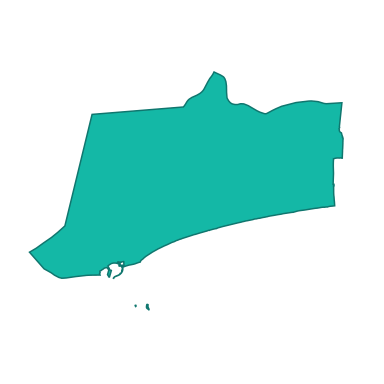 Singhanakhon, Songkhla, Thailand, rotated 105°
{"feature_id": "78962969B74412362981694", "entity_name": "Singhanakhon", "entity_type": "district", "adm_level": 2, "iso_a3": "THA", "parent_name": "Thailand", "parent_adm1": "Songkhla", "projection": "mercator", "projection_center": [100.522, 7.273], "detail": "fine", "context": "isolated", "style": "filled", "palette": "teal", "viewbox_px": 384, "rotation_deg": 105, "n_neighbors": 0, "source": "geoboundaries", "source_scale": "gbopen_adm2", "svg_char_len": 5552}
<svg xmlns="http://www.w3.org/2000/svg" viewBox="0 0 384 384"><g transform="rotate(105 192 192)"><path d="M142.9,308.6L257.7,306.0L265.7,311.2L272.2,315.9L279.6,322.2L286.6,327.9L292.2,333.4L304.5,315.0L305.3,311.7L306.5,307.0L307.9,303.4L309.0,298.5L309.0,295.5L308.6,294.2L307.6,291.3L303.9,282.7L299.7,272.0L298.6,268.5L296.0,259.3L294.7,260.2L294.2,259.9L293.6,259.9L293.4,260.2L293.1,260.4L292.1,260.4L292.0,260.1L291.5,259.6L291.3,259.5L291.0,259.2L290.7,259.1L289.9,258.2L289.6,258.0L289.1,257.6L288.9,257.5L288.7,257.4L288.4,257.1L288.0,256.6L287.6,255.9L287.3,255.3L287.2,255.1L287.2,254.6L287.2,254.4L288.7,252.3L288.9,252.2L293.7,252.2L295.4,250.4L295.5,250.4L295.5,249.9L295.1,249.9L295.1,249.7L288.8,249.6L288.8,249.9L288.6,249.9L288.5,251.6L287.9,251.7L287.6,251.9L287.2,252.2L285.6,253.8L285.0,254.0L284.9,253.9L284.7,253.7L283.7,253.0L282.7,252.1L282.2,251.6L281.7,250.9L281.5,250.6L280.9,249.3L280.7,248.6L280.6,248.1L280.4,247.2L280.3,246.2L280.4,245.6L280.4,244.9L280.3,244.7L280.0,244.5L279.9,244.5L279.7,244.8L279.6,245.1L279.6,245.4L279.5,245.6L279.3,245.7L278.9,245.6L278.7,245.5L278.6,245.4L278.5,245.0L278.5,244.4L278.5,244.2L278.8,244.2L279.2,244.2L279.4,244.2L279.6,244.2L280.1,244.1L280.3,244.0L280.4,243.9L280.6,243.8L280.8,243.7L281.5,243.7L281.8,243.4L282.1,243.3L282.3,243.3L282.4,243.2L282.3,242.7L282.3,242.4L282.0,241.9L282.0,241.7L281.9,241.6L281.6,241.6L281.4,241.5L281.2,241.5L281.0,241.9L281.1,242.3L281.0,242.5L280.8,242.6L278.5,243.3L278.3,243.3L278.1,242.7L278.2,242.3L278.1,242.1L277.8,242.0L277.2,240.7L277.3,240.4L277.2,240.3L276.9,240.2L276.9,239.9L280.4,238.8L280.6,239.0L281.3,239.6L281.4,239.8L281.4,240.0L281.1,240.3L280.7,240.0L280.7,240.5L280.9,240.6L281.1,240.6L281.6,240.4L282.1,240.6L282.4,240.6L282.6,240.5L282.8,240.3L283.2,239.9L283.7,239.6L284.1,239.4L284.4,239.4L284.8,239.4L285.7,239.5L286.1,239.5L287.2,239.3L287.6,239.2L288.3,239.4L289.0,239.8L289.1,240.1L289.2,240.3L289.4,240.4L290.0,240.4L290.1,240.5L290.9,241.1L291.3,241.5L293.5,244.4L294.0,244.9L294.7,245.3L295.3,245.5L295.5,245.6L295.6,245.3L295.1,245.2L294.5,245.0L293.9,244.6L293.4,244.0L292.3,242.5L291.4,241.3L290.3,240.3L288.6,239.3L288.1,239.1L286.5,238.7L286.2,238.7L285.7,238.7L284.6,238.8L282.7,239.3L282.4,239.2L282.0,238.7L280.6,236.7L278.9,233.9L277.8,231.6L276.9,229.8L276.2,228.6L274.3,225.9L273.1,224.0L273.0,223.8L272.8,223.8L271.6,223.7L271.2,223.5L269.1,221.9L268.0,221.3L267.2,220.7L266.2,220.0L260.6,215.0L255.7,210.0L253.5,207.4L251.3,204.9L249.2,202.2L246.1,198.6L245.5,197.8L244.9,196.8L244.0,195.6L243.5,195.3L242.1,193.2L241.4,192.3L241.1,192.0L240.2,190.4L239.4,189.4L237.4,186.3L236.1,184.3L233.9,180.9L232.7,179.1L232.1,177.9L229.6,173.9L226.6,168.9L226.1,168.0L225.6,167.2L224.9,166.4L224.7,165.9L224.6,165.4L224.5,165.1L224.2,164.9L223.5,163.7L222.2,161.5L221.4,159.9L221.0,158.9L220.0,157.8L217.4,153.4L213.2,145.7L209.8,139.5L209.0,137.9L208.3,136.6L207.8,135.8L207.5,135.3L207.1,134.4L206.0,132.5L205.4,131.1L203.6,127.5L202.9,126.1L202.6,125.6L201.9,124.6L201.2,122.7L200.6,121.7L200.3,121.1L200.0,120.3L199.6,119.4L199.1,118.5L198.4,117.2L197.4,115.0L196.8,113.9L196.2,112.6L195.6,111.7L194.7,109.8L193.4,106.9L191.6,103.1L191.0,101.7L190.1,99.7L189.4,98.5L185.8,90.2L185.4,89.0L183.0,85.0L182.2,83.3L180.4,78.9L179.5,76.9L179.0,75.8L176.0,69.1L175.0,66.5L173.0,62.2L172.9,61.7L172.5,60.7L172.4,59.9L171.9,59.0L171.7,58.4L171.4,57.2L171.1,56.9L170.3,55.5L168.9,51.8L168.4,50.6L164.6,51.9L162.8,52.6L159.9,53.6L158.2,54.3L157.8,54.4L156.3,54.9L150.8,56.4L150.3,56.6L149.5,56.9L149.3,56.4L147.8,56.9L148.0,57.7L137.5,60.1L130.5,62.2L127.0,63.1L123.3,63.9L123.3,63.7L123.0,63.3L122.5,62.7L122.3,62.3L121.8,61.2L121.3,59.7L121.1,58.5L120.4,56.7L120.6,56.4L120.4,55.6L119.2,55.9L113.4,57.2L112.8,57.4L111.1,57.7L108.4,58.3L106.2,58.8L105.8,58.9L104.3,59.3L104.0,59.3L103.5,59.5L103.0,59.6L102.5,59.6L102.0,59.8L101.4,59.9L101.0,60.0L100.8,60.3L100.2,60.5L100.3,60.8L99.9,60.9L99.6,61.0L99.2,61.2L99.0,61.3L98.6,61.6L98.2,61.9L98.0,62.0L97.4,62.3L96.2,63.0L96.0,63.8L95.7,64.5L95.5,64.8L94.9,65.4L94.5,65.6L93.8,65.8L92.6,66.4L92.4,66.4L91.9,66.1L91.6,66.1L91.2,66.2L90.6,66.6L90.4,66.6L67.0,70.3L72.0,85.2L72.3,87.6L72.1,93.5L72.5,96.2L73.2,100.4L74.0,102.9L78.7,114.7L86.0,127.6L89.8,132.4L92.4,135.4L94.3,137.4L96.8,140.1L97.4,141.1L97.6,142.4L97.5,144.2L97.4,145.5L97.3,147.2L96.7,150.3L94.6,158.0L94.3,159.0L94.0,160.3L93.6,163.8L93.5,164.8L93.6,165.3L94.1,167.7L94.7,168.9L95.3,169.8L95.7,170.6L96.3,172.8L96.4,173.3L96.5,175.5L96.4,176.4L96.3,176.8L95.8,178.2L94.9,179.6L94.7,179.9L93.0,181.7L92.0,182.5L91.6,182.7L86.8,184.4L80.5,186.2L76.7,187.8L75.8,188.4L74.2,189.5L73.2,190.6L72.7,191.3L72.5,191.8L72.0,193.4L71.6,194.9L70.4,201.8L72.8,202.3L75.0,203.0L77.8,204.2L81.9,205.3L85.9,206.2L89.8,207.1L91.2,207.6L92.9,208.5L94.6,209.7L97.2,212.3L98.6,214.0L100.6,216.5L103.0,218.7L104.1,219.4L105.4,220.0L106.8,220.5L108.1,220.8L109.3,221.2L110.7,221.7L112.1,222.3L142.9,308.6ZM316.9,203.1L316.2,203.2L315.7,203.8L315.2,204.1L314.8,204.4L314.3,204.8L313.9,204.9L313.6,205.0L312.6,205.2L312.2,205.3L312.1,205.7L312.2,206.2L312.2,206.3L312.5,206.5L312.8,206.5L313.1,206.5L313.7,206.4L314.1,206.4L314.5,206.3L314.7,206.2L315.0,206.2L315.6,205.9L315.9,205.6L316.3,204.9L316.5,204.2L316.7,203.7L317.0,203.3L317.0,203.2L316.9,203.1ZM316.6,217.5L316.8,217.2L316.6,217.0L316.6,216.9L316.6,216.7L316.8,216.6L316.1,216.3L316.3,216.4L316.3,216.5L316.2,216.7L316.0,216.8L316.0,217.1L316.3,217.2L316.4,217.3L316.4,217.5L316.5,217.5L316.6,217.5Z" fill="#14b8a6" stroke="#0f766e" stroke-width="1.5"/></g></svg>